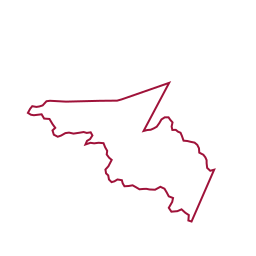 Comendador Levy Gasparian, Rio de Janeiro, Brazil (Equal Earth projection), rotated 205°
{"feature_id": "56859067B81478228357655", "entity_name": "Comendador Levy Gasparian", "entity_type": "district", "adm_level": 2, "iso_a3": "BRA", "parent_name": "Brazil", "parent_adm1": "Rio de Janeiro", "projection": "equal_earth", "projection_center": [-43.248, -22.053], "detail": "fine", "context": "isolated", "style": "outline", "palette": "rose", "viewbox_px": 256, "rotation_deg": 205, "n_neighbors": 0, "source": "geoboundaries", "source_scale": "gbopen_adm2", "svg_char_len": 1374}
<svg xmlns="http://www.w3.org/2000/svg" viewBox="0 0 256 256"><g transform="rotate(205 128 128)"><path d="M30.9,70.1L32.3,126.6L35.4,124.0L39.4,125.3L41.8,129.2L43.2,132.1L45.5,134.1L48.4,135.6L53.0,135.8L55.1,139.6L58.1,142.0L61.5,142.9L65.2,142.0L68.7,141.3L72.3,140.0L75.9,143.7L78.4,145.9L81.2,145.8L83.9,146.5L87.0,145.0L89.1,147.8L90.0,151.9L93.2,153.3L95.8,154.8L99.2,153.2L101.3,149.9L101.7,145.6L102.5,141.3L104.5,138.5L106.7,136.0L109.7,134.3L112.6,131.9L109.8,186.3L145.9,151.2L149.4,148.2L165.1,140.7L195.3,125.7L210.2,119.7L213.2,117.8L214.9,112.4L217.4,110.1L219.9,108.4L224.0,107.3L224.8,104.1L225.1,99.4L221.6,99.0L218.7,99.8L212.1,103.9L208.0,101.1L203.0,103.0L198.0,99.6L194.0,97.4L195.4,93.9L192.4,90.6L188.0,90.4L185.5,92.8L182.6,96.9L179.5,98.9L175.0,99.9L169.7,103.4L166.5,105.6L163.3,106.1L160.0,108.3L157.1,106.2L157.7,101.9L159.7,99.0L159.6,95.1L155.8,98.7L152.2,99.8L148.4,102.2L143.8,103.9L140.6,100.9L137.2,98.5L136.1,95.0L132.6,93.1L129.3,92.2L129.6,85.0L130.9,80.8L128.7,77.6L125.9,76.7L123.5,73.3L120.0,72.0L117.8,73.9L115.8,76.9L111.5,78.1L109.4,75.6L106.6,73.7L102.9,75.7L99.6,78.0L95.7,77.7L91.7,77.3L88.1,79.4L85.4,80.7L82.5,81.4L77.4,83.5L73.8,88.4L69.3,88.4L65.6,85.9L62.2,83.3L57.6,83.6L56.7,79.7L57.3,72.9L53.3,70.5L48.1,73.5L45.1,76.9L40.2,75.4L36.1,74.8L34.2,69.7L30.9,70.1Z" fill="none" stroke="#9f1239" stroke-width="2"/></g></svg>